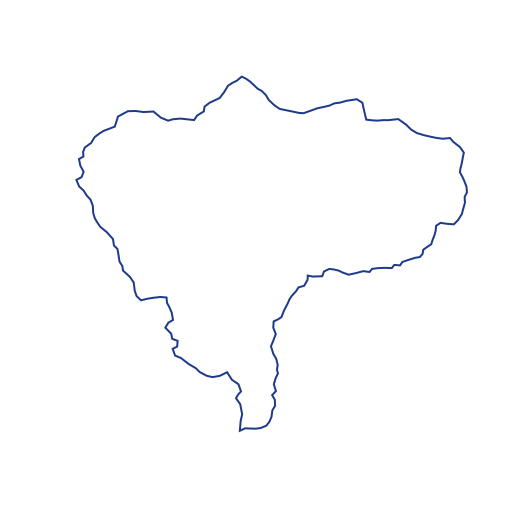 the district of Pugmil, Tocantins, Brazil, rotated 102°
{"feature_id": "56859067B46523842335480", "entity_name": "Pugmil", "entity_type": "district", "adm_level": 2, "iso_a3": "BRA", "parent_name": "Brazil", "parent_adm1": "Tocantins", "projection": "natural_earth1", "projection_center": [-48.87, -10.421], "detail": "fine", "context": "isolated", "style": "outline", "palette": "blue", "viewbox_px": 512, "rotation_deg": 102, "n_neighbors": 0, "source": "geoboundaries", "source_scale": "gbopen_adm2", "svg_char_len": 2631}
<svg xmlns="http://www.w3.org/2000/svg" viewBox="0 0 512 512"><g transform="rotate(102 256 256)"><path d="M320.1,364.4L323.2,359.3L320.3,353.1L318.2,347.7L316.0,341.2L315.2,334.9L320.5,333.2L323.8,330.3L329.1,326.6L335.8,323.9L339.5,327.9L345.0,329.8L349.7,322.7L354.4,320.8L355.3,315.0L361.0,314.3L364.1,318.2L370.2,314.5L371.4,308.2L375.6,299.5L378.3,291.5L381.2,287.0L383.4,279.4L383.5,273.3L380.7,266.4L375.7,260.1L382.1,253.8L385.1,246.5L391.6,242.5L395.1,244.6L399.2,246.0L404.3,240.6L413.8,236.6L420.5,236.7L430.3,235.5L426.8,230.8L425.8,224.9L424.9,220.1L423.3,215.7L419.9,210.7L415.5,208.5L410.2,207.4L403.5,207.9L398.6,206.2L392.7,207.7L388.7,211.3L384.0,208.4L377.7,211.9L370.9,211.3L366.4,210.1L362.7,211.9L358.1,212.1L352.4,214.8L348.1,218.7L341.2,222.6L335.3,221.5L328.3,220.4L322.5,224.2L316.3,225.1L313.3,221.2L310.4,218.4L303.6,217.3L295.7,215.1L291.6,214.3L287.7,212.8L282.3,209.6L277.9,207.9L275.1,202.7L268.6,200.6L264.4,201.3L264.3,196.1L262.0,187.0L257.0,186.3L253.4,181.6L253.0,177.1L253.1,172.1L254.2,167.7L255.0,161.4L251.9,154.6L248.5,147.9L248.0,141.6L244.5,139.8L242.6,134.6L240.7,127.1L239.6,120.7L236.0,118.9L235.2,113.1L231.4,111.6L227.9,105.7L224.7,100.0L223.0,95.6L219.4,93.5L215.1,93.7L212.0,90.9L208.0,87.0L203.5,86.6L198.7,85.8L194.5,85.5L189.0,86.1L185.2,82.4L184.8,75.9L183.9,69.1L179.0,65.9L172.3,63.4L166.8,63.1L160.5,62.7L154.8,64.2L149.9,62.9L144.5,64.5L139.4,67.8L135.4,70.8L131.8,73.9L127.8,74.2L121.9,74.0L115.9,74.2L111.7,74.2L107.1,79.1L103.4,86.6L100.3,90.7L102.5,97.9L103.0,104.5L103.0,111.1L102.9,117.0L102.3,124.1L100.1,130.5L96.3,136.5L92.5,145.3L95.7,155.1L96.7,160.0L98.3,165.2L99.1,170.3L99.7,176.5L88.5,181.8L84.0,183.8L81.7,190.0L85.5,200.0L88.5,205.7L90.4,211.1L93.6,215.4L96.1,220.7L98.8,226.8L103.1,233.7L106.4,239.1L107.1,243.6L107.1,250.5L107.2,263.4L104.6,269.6L100.7,276.0L96.7,279.6L93.3,284.8L92.1,289.0L86.6,298.1L84.7,302.5L83.5,307.2L88.7,311.4L91.9,315.5L95.3,318.8L102.3,321.2L109.0,324.4L115.7,333.2L120.6,337.4L125.4,337.1L130.9,342.8L135.9,344.8L137.3,358.5L139.6,365.9L141.9,370.1L140.5,377.6L138.3,382.0L136.0,386.3L138.6,396.1L139.2,404.1L141.0,411.4L148.3,420.0L153.8,420.5L158.8,421.0L165.1,430.8L168.8,434.7L173.2,438.5L179.7,440.8L185.5,446.0L190.2,446.8L194.5,445.5L198.0,449.3L204.2,446.6L209.5,442.1L215.1,443.0L218.9,447.5L224.7,443.5L227.9,438.2L232.0,434.2L235.4,429.5L240.7,426.1L247.7,424.2L252.3,421.7L255.4,419.0L259.9,414.3L263.7,406.9L269.2,399.4L275.3,397.1L277.9,393.0L283.3,390.8L289.9,388.3L293.7,384.6L297.9,383.1L300.4,378.7L302.8,374.8L307.4,370.1L315.2,367.4L320.1,364.4Z" fill="none" stroke="#1e3a8a" stroke-width="2"/></g></svg>